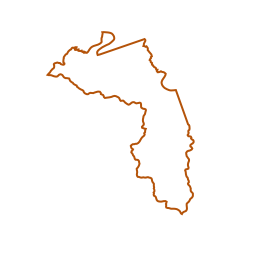 Tonantins, Amazonas, Brazil, rotated 251°
{"feature_id": "56859067B7727099181602", "entity_name": "Tonantins", "entity_type": "district", "adm_level": 2, "iso_a3": "BRA", "parent_name": "Brazil", "parent_adm1": "Amazonas", "projection": "natural_earth1", "projection_center": [-67.705, -2.576], "detail": "fine", "context": "isolated", "style": "outline", "palette": "amber", "viewbox_px": 256, "rotation_deg": 251, "n_neighbors": 0, "source": "geoboundaries", "source_scale": "gbopen_adm2", "svg_char_len": 5935}
<svg xmlns="http://www.w3.org/2000/svg" viewBox="0 0 256 256"><g transform="rotate(251 128 128)"><path d="M204.4,69.3L203.8,70.2L203.4,71.5L202.8,72.7L201.2,74.6L200.5,75.7L200.1,76.5L199.9,77.0L199.8,78.1L200.8,80.3L200.8,81.6L200.2,82.5L199.4,83.2L197.2,83.8L196.3,84.3L195.5,85.2L195.1,86.3L194.6,87.3L193.9,88.5L191.6,88.6L190.5,89.1L189.6,89.7L188.8,90.5L187.6,90.8L186.6,91.5L185.7,92.4L184.8,93.3L183.6,93.2L182.7,93.9L181.7,94.4L180.8,95.1L179.6,96.2L178.8,97.1L177.8,97.9L176.5,97.9L175.2,98.3L174.3,99.0L173.3,100.2L173.0,101.3L173.4,102.5L173.5,103.8L172.3,106.5L172.4,107.7L172.3,110.7L172.1,111.8L171.4,113.2L170.1,113.7L168.9,113.4L167.3,115.2L166.3,115.4L165.1,115.3L163.9,116.0L163.7,117.3L163.1,120.1L162.9,121.5L162.8,122.7L162.9,124.3L162.7,125.8L162.0,127.0L160.2,128.8L159.2,129.4L156.9,129.6L156.0,130.0L155.8,131.1L155.5,132.3L154.3,133.1L153.3,133.4L152.1,134.2L150.5,135.4L149.8,136.3L149.9,137.4L150.8,139.9L150.8,141.2L150.3,142.3L149.4,143.0L148.6,143.9L148.3,145.8L148.1,147.4L147.4,148.1L146.4,148.1L145.4,147.8L144.2,147.4L143.1,147.2L142.0,147.9L141.2,148.7L140.6,150.0L139.7,150.8L138.7,150.6L137.8,149.9L136.8,149.3L135.6,148.5L134.7,147.3L134.1,146.5L132.9,145.9L131.6,145.1L130.5,144.6L129.1,144.3L127.9,144.4L126.6,144.3L125.8,143.7L124.6,141.6L123.7,141.4L123.0,142.2L122.1,143.3L121.4,144.5L120.6,143.8L119.6,143.2L118.5,142.8L117.8,141.6L116.6,141.7L115.6,140.9L114.6,138.4L113.8,137.2L112.9,136.1L112.0,135.2L111.2,134.1L110.5,132.8L110.2,131.1L110.6,130.0L110.7,128.5L111.1,127.3L110.8,125.9L110.2,124.8L108.1,124.7L107.1,125.1L106.2,125.8L105.4,125.0L104.9,123.8L103.8,123.2L102.8,123.6L101.8,123.9L100.5,123.9L99.1,124.5L96.6,124.4L95.6,124.8L95.1,126.0L94.5,127.0L93.6,127.5L92.6,127.5L91.6,127.3L90.6,127.3L89.7,126.7L88.7,125.9L87.5,124.5L86.7,123.0L85.6,122.7L84.5,122.6L83.2,122.3L82.3,121.8L81.1,121.2L79.9,121.0L78.7,121.3L78.1,122.5L77.2,123.6L76.6,124.8L76.4,126.4L75.8,127.4L75.3,128.6L75.2,129.8L75.0,130.9L74.1,132.0L73.5,133.1L72.6,133.8L71.6,133.8L70.4,133.6L69.1,133.6L66.9,134.3L65.7,133.9L64.7,133.5L63.4,133.4L62.5,132.7L61.5,132.8L60.5,132.7L59.3,132.2L58.7,131.2L57.5,131.2L56.7,130.6L55.6,130.5L54.5,131.5L53.6,131.8L50.8,131.7L49.6,132.1L48.8,132.8L48.0,134.3L47.5,135.7L47.2,138.1L46.7,139.6L45.7,140.5L44.7,139.9L43.8,139.1L42.7,139.1L41.7,138.5L40.4,138.3L39.6,139.2L38.9,140.7L37.6,142.5L36.6,145.4L36.0,146.7L35.3,147.8L34.6,148.5L33.6,149.3L32.3,150.0L30.0,150.3L29.1,151.0L30.1,152.1L30.5,153.2L30.6,154.8L30.8,156.0L31.7,157.0L32.9,157.6L36.2,158.4L37.3,158.9L38.0,160.2L38.4,161.3L39.2,162.4L40.0,163.2L40.7,163.9L41.1,165.2L41.7,166.3L42.6,167.2L44.8,168.0L45.8,167.8L47.0,167.1L48.0,166.9L49.2,167.1L50.2,167.6L51.1,167.6L52.5,167.6L53.4,167.3L55.0,166.5L56.1,166.7L56.9,167.9L58.2,168.2L59.6,168.0L61.7,168.2L62.9,167.6L63.7,167.6L65.3,167.7L67.9,168.3L69.2,168.2L70.0,168.9L69.9,170.6L69.9,171.8L70.9,172.4L72.3,172.4L73.5,172.6L74.4,173.0L75.7,173.8L76.7,174.7L77.8,175.3L78.8,175.4L80.3,174.9L82.5,174.3L83.4,174.5L84.5,174.6L85.7,175.0L86.6,176.3L86.8,177.6L86.6,178.7L86.7,180.1L87.0,181.3L87.7,182.1L89.1,181.8L90.3,181.0L91.4,181.3L92.1,182.7L92.4,184.2L93.1,185.3L94.2,185.8L95.3,185.7L96.4,184.7L97.5,184.2L98.3,184.8L99.4,184.6L100.1,183.5L100.6,182.4L101.9,182.1L102.6,183.0L103.7,183.8L104.6,183.7L105.9,184.3L106.4,185.5L107.6,186.1L109.9,186.7L111.0,186.6L111.9,186.0L148.3,185.6L148.8,183.4L149.4,181.2L149.9,180.0L150.6,179.0L152.1,177.3L153.9,175.7L155.2,175.0L156.6,174.5L157.6,174.3L158.9,174.3L160.0,174.5L160.9,175.0L162.2,176.1L164.6,179.3L165.7,180.5L167.0,181.3L168.5,180.5L169.2,179.8L169.8,178.7L170.4,177.9L170.9,177.6L170.7,176.8L170.8,176.4L170.7,175.8L170.9,174.7L171.1,174.2L171.6,174.3L171.9,174.0L172.4,173.8L172.8,174.1L173.1,174.5L173.5,174.8L173.9,173.8L174.4,173.7L175.5,173.9L175.9,173.7L176.3,173.5L177.0,172.6L177.9,172.4L178.4,172.0L179.0,172.1L179.6,171.8L180.1,171.3L180.5,171.5L180.9,171.5L181.5,171.9L181.9,171.8L182.3,171.5L182.7,171.0L184.3,171.2L185.2,170.6L186.0,171.4L186.5,172.4L187.6,172.7L188.0,173.9L190.0,174.0L191.0,173.6L192.1,173.2L193.0,172.8L194.1,172.5L195.1,172.0L196.1,172.4L197.0,172.7L199.2,172.1L199.1,171.0L200.0,170.3L200.5,169.3L201.4,170.0L202.4,170.4L203.2,171.1L204.0,172.0L204.8,172.8L205.8,173.0L206.7,172.6L206.7,125.2L206.9,123.1L207.7,123.1L209.1,123.3L210.1,123.8L210.9,124.8L211.2,125.4L211.8,126.9L212.7,130.0L213.4,134.6L213.6,137.4L214.4,139.8L215.3,141.9L215.9,143.1L216.4,143.7L216.8,144.0L217.6,144.3L218.8,144.5L219.4,144.5L221.2,144.1L222.6,143.4L223.0,143.0L223.9,141.9L224.9,140.1L226.6,136.2L226.9,134.9L226.0,134.9L225.1,134.5L224.3,134.0L223.7,133.7L222.7,133.2L221.5,132.2L219.5,131.5L218.0,131.1L217.6,130.6L217.1,129.5L216.8,128.4L216.6,126.7L216.7,122.9L216.7,122.1L216.5,120.5L216.0,119.0L215.7,118.5L214.7,117.0L213.0,114.9L212.9,114.6L212.9,114.1L212.5,113.7L212.6,113.2L213.0,112.6L213.4,111.2L213.6,110.7L214.0,110.7L214.0,111.2L214.3,111.6L214.7,111.1L214.8,110.5L214.6,110.0L214.8,109.6L215.7,109.3L216.2,109.4L216.3,109.0L216.1,108.5L216.3,107.9L216.6,107.4L217.0,106.4L217.3,106.1L217.7,106.1L218.0,106.5L218.4,106.8L218.6,106.4L218.4,105.7L218.6,105.1L218.8,104.0L219.1,103.4L219.6,103.3L220.5,103.6L220.5,104.3L220.5,104.9L221.1,105.6L221.4,105.1L221.5,103.2L221.5,102.5L221.9,102.0L222.0,101.5L221.7,100.7L221.4,100.3L220.9,99.9L220.7,98.5L220.5,98.0L219.8,96.5L218.7,95.2L218.1,94.7L217.9,94.1L217.9,93.5L217.8,93.0L217.5,92.6L216.9,91.7L216.0,90.5L215.6,90.2L214.8,90.0L214.4,89.6L213.5,89.2L213.1,89.0L212.4,88.7L211.8,88.6L211.5,88.3L210.8,88.5L210.3,88.5L209.8,88.9L209.2,88.7L209.0,88.4L208.8,87.9L208.9,87.3L209.2,86.8L210.2,85.4L210.7,85.1L211.3,85.0L211.7,84.6L212.1,83.5L212.8,82.7L213.0,81.5L212.9,80.6L213.0,80.0L213.0,79.6L212.8,79.1L212.5,78.7L211.9,78.5L210.9,78.5L210.5,78.4L209.3,77.8L208.6,77.0L208.4,75.9L207.8,74.9L207.2,73.8L206.5,72.9L205.8,72.1L205.4,71.0L204.4,69.3Z" fill="none" stroke="#b45309" stroke-width="2"/></g></svg>